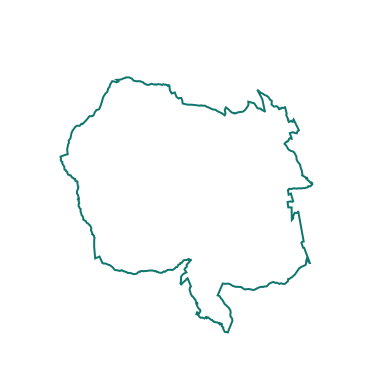 the district of Poiana Lacului, Arges, Romania, rotated 291°
{"feature_id": "2599482B9907999216812", "entity_name": "Poiana Lacului", "entity_type": "district", "adm_level": 2, "iso_a3": "ROU", "parent_name": "Romania", "parent_adm1": "Arges", "projection": "albers", "projection_center": [24.705, 44.811], "detail": "fine", "context": "isolated", "style": "outline", "palette": "teal", "viewbox_px": 384, "rotation_deg": 291, "n_neighbors": 0, "source": "geoboundaries", "source_scale": "gbopen_adm2", "svg_char_len": 5985}
<svg xmlns="http://www.w3.org/2000/svg" viewBox="0 0 384 384"><g transform="rotate(291 192 192)"><path d="M287.9,269.7L296.2,260.8L295.8,260.7L294.3,261.5L293.9,261.3L293.4,260.4L294.0,259.2L292.1,257.3L293.7,255.7L294.1,255.9L297.7,252.3L299.1,252.3L304.5,248.5L303.1,247.0L303.0,245.9L302.7,245.5L301.6,245.1L301.6,244.1L300.6,243.9L300.5,243.3L301.5,242.6L302.3,241.0L302.4,240.3L301.1,238.0L302.1,235.0L305.7,233.8L306.3,231.5L307.7,229.8L308.6,227.4L308.6,225.2L309.2,222.6L309.4,220.1L310.9,216.3L303.8,224.4L293.4,231.1L293.2,230.8L293.7,229.3L293.5,228.5L293.9,227.5L293.8,227.1L294.5,226.2L293.7,224.1L293.7,223.1L296.7,218.9L297.1,218.0L296.5,212.2L294.2,213.3L292.3,213.4L287.4,212.1L285.2,210.7L282.9,206.4L281.6,205.1L280.9,204.1L281.0,203.4L280.6,203.3L280.5,200.4L282.3,196.2L283.1,193.3L280.2,193.2L277.4,195.1L275.3,195.0L276.2,191.7L276.6,186.2L277.0,185.4L277.1,184.0L276.5,181.6L276.9,176.9L276.8,175.5L277.2,173.2L276.2,170.3L276.3,169.7L275.4,168.4L273.5,160.8L271.9,156.3L271.3,151.6L274.4,149.8L275.9,148.2L275.4,146.9L274.5,146.0L275.2,143.5L278.8,140.2L276.7,137.8L279.1,134.9L283.3,132.7L283.4,132.1L283.1,131.3L282.5,131.3L282.9,129.0L282.3,127.5L282.3,126.5L281.3,125.8L281.1,124.9L281.2,124.0L280.8,122.9L280.7,122.0L279.3,120.0L279.3,118.9L278.9,118.5L278.4,115.3L276.5,113.1L276.0,111.8L276.1,108.7L276.9,107.2L276.7,106.4L276.9,104.9L276.8,103.8L276.4,103.3L276.4,102.3L275.6,100.9L275.0,97.9L276.4,94.8L276.4,92.2L276.2,91.4L275.3,89.3L274.5,88.8L273.3,87.0L272.1,86.0L270.7,83.9L269.8,81.7L269.3,83.5L268.9,83.8L267.4,82.2L267.6,82.0L266.9,77.8L262.5,77.0L260.6,77.4L258.3,76.6L255.2,77.1L252.9,75.9L249.0,75.1L240.5,75.8L235.9,75.6L234.2,73.4L231.5,72.7L229.0,72.7L227.5,72.1L226.6,70.7L226.0,69.1L221.2,67.6L216.1,65.4L216.0,64.3L213.5,63.4L212.9,61.4L212.2,60.5L210.7,59.6L206.2,58.5L203.6,58.4L198.4,59.3L195.8,58.4L193.9,59.5L192.3,59.3L187.2,60.1L182.7,62.4L180.8,59.8L177.9,56.6L175.9,57.9L174.8,58.0L173.8,59.1L173.7,60.1L172.9,60.2L171.5,61.4L169.9,63.6L167.5,64.8L167.0,65.9L167.1,66.4L166.3,67.0L166.2,67.9L165.6,68.7L165.0,68.9L163.9,69.9L163.8,71.6L164.1,72.7L162.7,74.6L162.7,75.8L162.0,76.7L162.3,78.1L160.5,79.2L160.8,80.9L160.3,81.5L159.4,81.7L156.9,83.2L156.3,84.0L155.2,84.0L154.7,84.5L151.6,84.3L150.3,84.7L149.4,85.1L148.4,86.6L146.1,88.2L144.2,88.1L143.8,88.7L144.3,89.1L142.7,89.5L141.5,90.6L140.9,90.8L140.3,90.5L138.5,91.0L136.5,93.1L136.3,94.1L133.7,95.0L132.7,96.0L130.9,97.2L130.1,98.7L128.6,99.9L127.3,100.3L126.7,103.5L126.0,104.0L125.4,105.1L125.3,106.6L124.7,107.3L124.3,108.7L122.6,110.6L121.9,111.1L120.2,111.3L118.2,113.4L116.8,113.9L116.8,115.0L116.3,115.3L116.1,116.1L115.3,116.3L114.4,117.5L112.7,117.7L105.8,120.3L95.3,125.4L98.6,128.8L93.6,133.8L93.6,135.4L94.2,136.6L94.3,137.9L94.0,139.3L94.3,141.1L93.3,145.0L91.7,147.5L91.6,148.4L92.3,151.0L92.4,152.9L93.9,154.4L93.5,155.1L93.7,156.1L93.4,156.7L93.8,157.7L93.6,159.1L93.8,159.8L93.3,161.0L94.0,162.2L93.9,162.8L94.4,164.1L94.4,167.1L95.8,169.5L98.3,170.9L99.0,172.2L99.6,172.2L100.6,174.4L100.7,175.3L101.1,175.7L101.2,176.3L104.0,181.6L104.8,184.4L104.7,185.6L105.2,186.5L104.8,187.9L105.2,188.5L104.9,190.0L105.6,192.4L106.2,193.3L107.4,193.8L107.8,194.3L107.7,195.0L108.0,195.5L110.4,197.0L111.9,200.1L112.0,201.5L113.9,203.1L115.8,203.8L116.6,205.1L119.3,205.4L120.3,206.7L121.5,206.6L122.3,207.8L125.0,208.5L125.7,209.3L126.6,211.4L128.3,212.9L128.3,213.2L127.5,213.6L128.3,215.2L128.1,215.4L126.4,214.8L122.2,213.1L121.7,213.1L120.9,213.8L120.1,213.9L118.0,212.7L117.2,212.7L116.8,212.9L115.0,215.6L112.3,213.2L110.5,212.5L108.7,212.2L105.4,213.5L102.5,214.0L102.3,214.5L101.9,214.7L101.9,215.3L103.2,215.5L107.9,218.0L108.9,218.1L109.9,218.8L104.9,223.6L103.8,224.2L103.5,224.9L102.0,224.4L100.1,224.7L96.4,227.4L94.8,229.3L94.8,229.9L94.0,231.4L93.5,231.8L92.6,233.8L90.8,235.1L90.5,236.6L89.7,237.0L89.2,236.1L86.5,238.7L85.2,240.8L85.0,241.8L83.5,242.6L81.1,242.1L81.6,239.9L79.7,239.8L79.5,241.1L78.9,242.6L77.9,244.2L77.7,245.2L78.4,246.4L78.4,249.0L80.4,250.0L80.5,250.4L79.6,251.1L80.7,251.9L79.5,255.7L79.7,256.8L79.1,257.5L79.0,258.9L78.7,259.0L78.9,260.9L79.3,262.3L79.1,263.8L79.7,264.6L79.3,265.4L78.4,265.3L78.3,265.6L79.6,266.7L79.6,267.1L77.4,267.9L76.7,269.8L75.8,269.9L73.4,272.4L73.1,273.2L73.7,274.5L73.7,275.7L86.3,275.9L87.8,275.0L88.8,274.1L89.1,273.1L91.1,271.7L93.4,271.3L95.4,270.1L97.3,267.4L99.2,262.5L102.1,259.1L103.0,257.2L104.7,255.1L104.7,253.0L117.6,253.5L117.9,255.2L119.4,258.6L119.6,260.5L118.9,263.7L119.1,265.3L119.0,266.2L120.9,271.8L119.9,276.0L121.8,279.7L122.6,284.8L127.0,288.8L128.8,291.6L128.7,292.2L129.8,293.6L130.6,295.5L134.4,297.1L137.0,299.9L137.2,300.4L137.0,302.3L137.8,303.9L137.5,306.6L138.5,307.5L138.8,308.4L138.8,309.8L139.3,311.2L139.9,311.9L143.5,313.6L145.1,312.9L145.8,314.0L148.8,316.1L151.7,317.6L159.4,319.5L160.1,320.3L160.7,320.4L164.4,324.0L165.7,324.2L168.2,323.4L171.4,323.1L170.7,324.2L170.1,324.3L168.7,325.5L168.6,326.3L167.9,327.0L168.0,327.4L180.1,316.7L179.8,315.6L183.9,312.3L185.0,312.7L185.8,314.0L212.4,297.9L211.6,298.1L210.2,297.6L209.7,296.7L209.4,295.3L205.3,295.1L204.2,295.8L203.3,295.8L201.7,295.2L213.3,290.5L212.1,287.4L216.9,284.8L218.5,287.3L218.8,289.1L219.5,289.8L226.0,284.9L224.1,283.2L228.1,280.9L228.9,281.5L229.7,281.5L230.1,282.2L230.3,283.7L231.7,285.2L233.0,289.3L233.8,290.3L234.3,292.4L235.2,293.8L236.0,295.9L237.2,297.2L237.6,298.2L238.0,298.5L239.1,298.5L239.7,300.4L242.0,301.5L242.6,300.4L243.2,301.1L243.4,301.0L243.7,299.7L243.5,298.5L244.2,297.2L244.4,295.8L245.4,295.2L245.5,294.5L246.2,294.3L245.6,293.5L246.4,293.1L247.0,288.8L248.2,288.8L249.2,288.0L251.6,286.7L252.4,285.7L256.5,282.8L257.8,280.4L259.5,278.2L262.7,276.6L265.2,273.7L266.0,272.0L265.8,269.7L266.0,267.8L266.5,266.5L269.1,263.2L270.1,261.1L272.0,261.7L272.6,262.5L273.4,262.6L273.7,263.4L277.1,263.8L277.6,264.7L277.3,265.3L277.5,266.0L282.0,262.2L284.0,264.7L284.0,267.3L284.3,268.8L286.4,268.7L287.9,269.7Z" fill="none" stroke="#0f766e" stroke-width="2"/></g></svg>